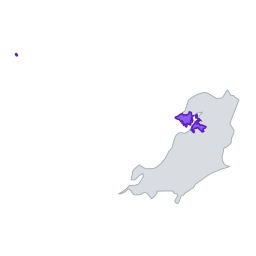 Puntarenas, Puntarenas, Costa Rica shown in context, rotated 89°
{"feature_id": "36466004B9758970649099", "entity_name": "Puntarenas", "entity_type": "district", "adm_level": 2, "iso_a3": "CRI", "parent_name": "Costa Rica", "parent_adm1": "Puntarenas", "projection": "natural_earth1", "projection_center": [-85.046, 7.918], "detail": "medium", "context": "in_parent", "style": "filled", "palette": "violet", "viewbox_px": 256, "rotation_deg": 89, "n_neighbors": 0, "source": "geoboundaries", "source_scale": "gbopen_adm2", "svg_char_len": 3380}
<svg xmlns="http://www.w3.org/2000/svg" viewBox="0 0 256 256"><g transform="rotate(89 128 128)"><path d="M204.4,79.8L204.2,80.6L203.6,81.3L202.8,82.1L201.7,82.6L199.0,81.0L196.4,79.2L194.9,80.1L194.4,82.4L193.4,83.6L192.2,84.0L191.7,84.8L191.6,92.7L191.7,100.0L193.7,100.2L197.0,102.8L198.4,104.3L198.9,105.7L198.5,106.4L196.1,108.0L193.7,110.0L192.5,112.6L194.6,116.7L195.0,119.5L195.0,122.4L194.4,123.8L189.8,127.1L188.8,128.3L189.0,129.2L191.5,131.5L192.7,133.7L193.7,136.4L193.8,138.8L191.5,134.4L188.4,130.3L185.6,127.7L185.4,121.8L184.3,118.5L180.1,115.5L176.5,113.4L173.9,113.9L175.5,117.3L179.7,121.7L180.0,123.4L179.9,125.6L177.0,125.3L174.5,124.4L171.4,124.1L169.4,122.7L165.0,117.5L168.1,113.0L169.1,110.1L169.0,104.0L168.2,101.0L164.9,96.5L159.5,91.6L152.1,87.5L148.5,84.3L139.8,81.8L136.4,80.2L133.8,77.1L133.5,74.9L134.4,71.5L132.0,67.2L121.5,58.7L115.7,55.6L114.4,53.8L113.5,53.2L114.4,59.0L117.0,62.6L123.6,65.9L125.4,67.8L126.2,70.3L122.3,75.0L120.4,76.2L119.8,78.8L118.5,79.6L117.2,78.1L111.8,70.7L101.3,67.1L99.4,64.9L95.6,58.1L93.8,51.8L94.4,47.7L98.7,41.2L100.1,38.4L99.8,36.6L99.9,34.1L98.3,32.3L94.4,30.0L91.8,28.1L92.5,27.2L97.1,24.7L97.4,22.4L97.3,21.7L98.1,21.5L98.7,20.9L99.2,20.3L100.4,18.1L101.5,16.9L102.7,16.7L104.3,17.6L110.0,19.9L116.3,22.5L125.4,26.2L129.2,23.9L132.4,22.1L134.7,22.3L139.5,24.4L142.5,25.1L144.3,24.9L147.4,28.0L149.1,30.3L149.4,31.9L150.3,32.7L152.7,32.9L158.7,34.5L162.3,34.1L165.6,32.5L167.4,30.5L168.0,27.3L168.8,28.9L169.8,31.3L170.3,34.5L174.5,45.0L178.0,50.9L185.5,61.6L188.7,63.6L194.2,72.2L196.0,73.6L197.1,76.2L202.8,78.3L204.4,79.8Z" fill="#d9dde1" stroke="#a8b0b8" stroke-width="1"/><path d="M119.2,64.6L116.9,62.5L116.7,64.0L116.1,64.4L114.0,64.3L113.4,64.8L112.9,66.4L115.0,67.1L115.7,68.7L116.4,69.0L116.0,69.7L115.8,71.1L116.3,71.8L115.8,72.0L115.1,73.9L114.6,73.7L115.7,76.2L117.4,78.3L117.7,80.0L118.6,80.6L119.5,79.5L120.4,76.7L122.5,74.9L121.8,74.3L121.9,73.7L122.5,73.1L123.9,74.0L124.0,72.9L124.8,72.6L125.0,71.5L127.0,69.9L125.2,70.0L124.7,69.6L125.6,69.0L124.4,68.0L124.7,67.2L125.3,67.1L125.0,66.2L123.8,65.5L122.2,65.6L120.7,64.2L119.6,64.1L119.2,64.6ZM129.3,50.7L128.2,50.0L127.8,50.3L127.6,51.7L127.0,52.2L126.1,54.7L126.6,55.9L125.5,56.3L124.7,57.1L125.1,58.9L123.1,57.7L121.4,55.7L121.5,55.4L121.0,55.8L121.4,57.0L120.1,56.7L119.7,57.8L121.5,58.1L122.2,59.3L123.6,60.0L123.8,60.5L123.4,60.7L124.1,60.9L126.4,63.0L129.1,63.9L127.4,64.2L130.0,64.1L131.0,64.4L131.2,64.9L132.7,63.2L133.5,62.9L133.7,62.1L132.4,61.7L132.3,62.4L131.9,62.2L131.2,62.9L129.6,61.4L129.4,59.3L128.8,59.3L128.7,58.6L129.2,57.5L130.3,57.1L131.7,55.2L133.0,54.4L133.2,53.8L132.8,52.5L132.4,53.0L131.7,52.7L131.4,53.4L130.4,53.1L129.3,50.7ZM118.9,59.0L116.9,58.3L115.6,58.8L116.3,60.1L117.2,60.4L119.1,59.9L119.2,59.5L118.3,59.5L118.9,59.0ZM53.3,237.3L51.8,238.1L51.6,238.6L52.2,239.3L53.9,238.3L53.8,237.5L53.3,237.3ZM119.5,63.7L120.6,64.1L121.0,64.0L120.4,63.5L119.5,63.7ZM126.0,65.2L125.4,65.1L125.6,65.3L125.0,65.4L125.1,65.8L125.9,65.9L126.0,65.2ZM122.0,63.4L122.8,63.9L123.8,64.0L122.7,63.4L122.0,63.4ZM121.7,63.1L120.6,63.0L121.8,63.4L121.7,63.1ZM126.9,69.1L126.3,69.1L126.1,69.6L126.7,69.5L126.9,69.1ZM125.9,72.1L125.9,72.5L126.3,72.3L126.2,72.1L125.9,72.1ZM127.4,70.1L127.0,70.2L126.9,70.3L127.1,70.5L127.4,70.1ZM128.0,70.1L127.7,70.2L128.3,70.2L128.0,70.1Z" fill="#8b5cf6" stroke="#5b21b6" stroke-width="1.5"/></g></svg>